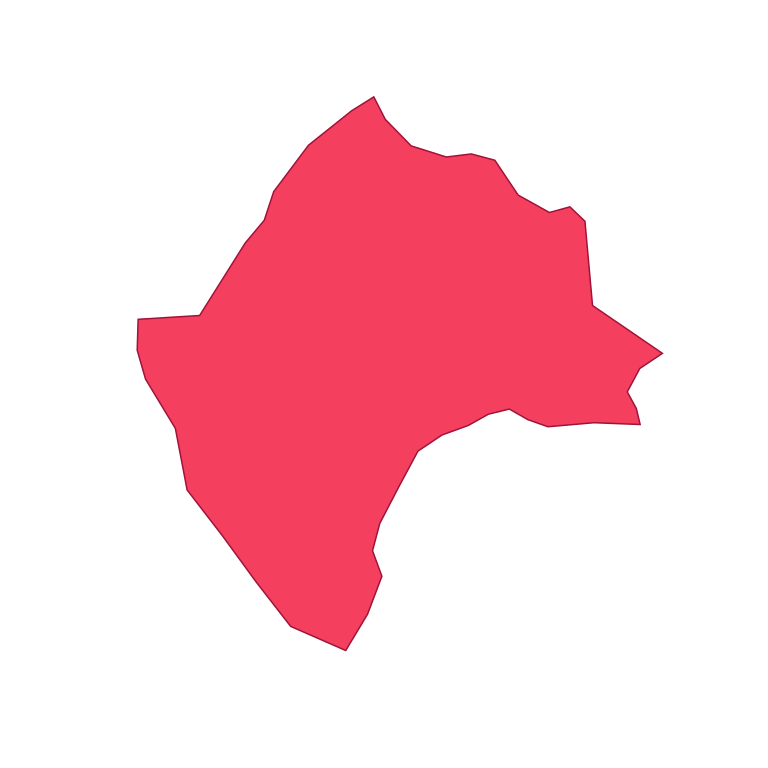 the Province of Santiago Rodríguez, rotated 23°
{"feature_id": "DOM-1391", "entity_name": "Santiago Rodríguez", "entity_type": "Province", "adm_level": 1, "iso_a3": "DOM", "parent_name": "Dominican Republic", "parent_adm1": "", "projection": "natural_earth1", "projection_center": [-71.283, 19.365], "detail": "fine", "context": "isolated", "style": "filled", "palette": "rose", "viewbox_px": 768, "rotation_deg": 23, "n_neighbors": 0, "source": "natural_earth", "source_scale": "10m", "svg_char_len": 710}
<svg xmlns="http://www.w3.org/2000/svg" viewBox="0 0 768 768"><g transform="rotate(23 384 384)"><path d="M262.4,123.7L281.8,139.9L316.0,154.2L352.6,150.7L374.5,138.1L398.6,134.7L433.7,157.7L469.2,161.5L485.9,148.3L505.4,155.7L545.3,230.3L628.3,247.0L613.4,269.8L611.0,296.2L625.9,308.0L635.6,321.2L592.4,337.6L551.6,359.3L530.3,360.6L509.1,358.1L491.8,371.1L477.9,389.1L457.3,408.3L441.5,432.5L437.8,472.9L434.6,514.0L438.6,542.0L457.2,561.8L458.8,602.4L452.9,644.3L392.8,643.6L344.0,616.4L294.5,586.8L244.2,558.5L209.3,506.4L162.6,472.7L143.6,449.3L132.4,420.5L187.5,393.0L201.2,308.2L209.8,280.1L207.3,250.0L221.2,193.7L247.5,145.0L262.4,123.7Z" fill="#f43f5e" stroke="#9f1239" stroke-width="1.5"/></g></svg>